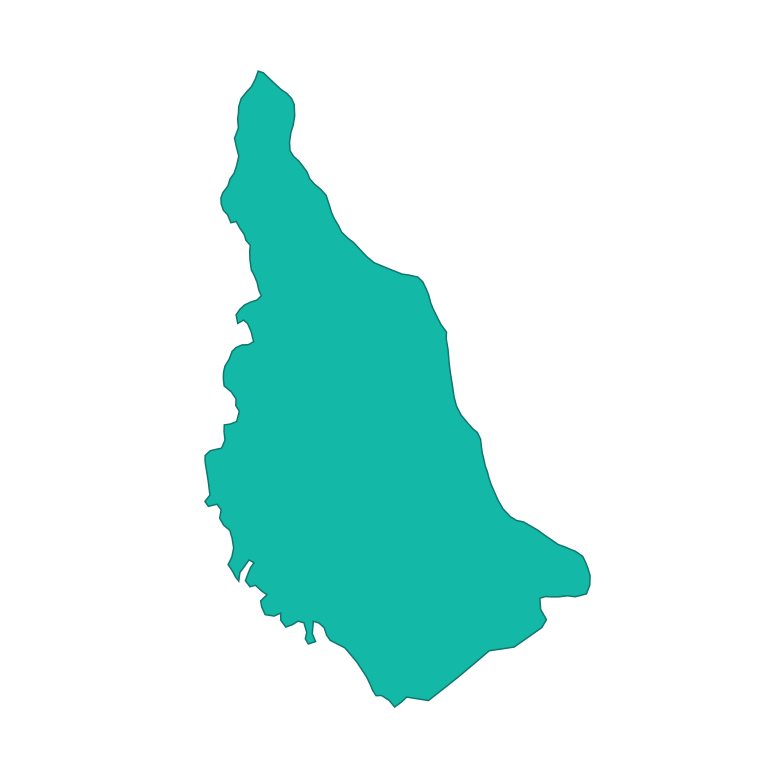 Cachoeira, Bahia, Brazil, rotated 175°
{"feature_id": "56859067B44704214105859", "entity_name": "Cachoeira", "entity_type": "district", "adm_level": 2, "iso_a3": "BRA", "parent_name": "Brazil", "parent_adm1": "Bahia", "projection": "robinson", "projection_center": [-38.874, -12.677], "detail": "fine", "context": "isolated", "style": "filled", "palette": "teal", "viewbox_px": 768, "rotation_deg": 175, "n_neighbors": 0, "source": "geoboundaries", "source_scale": "gbopen_adm2", "svg_char_len": 2869}
<svg xmlns="http://www.w3.org/2000/svg" viewBox="0 0 768 768"><g transform="rotate(175 384 384)"><path d="M419.1,74.2L413.6,73.9L406.7,68.6L401.5,61.3L394.3,65.7L388.7,70.1L367.3,64.8L346.4,78.5L335.8,85.5L318.4,97.7L302.4,109.1L277.3,110.6L248.0,127.6L242.7,135.1L247.6,145.8L247.4,157.0L241.5,158.2L236.2,157.4L229.0,156.8L219.3,157.0L212.2,155.4L206.9,156.2L200.6,157.3L196.5,165.8L195.4,175.2L197.0,182.8L198.6,188.4L201.1,195.0L208.3,200.9L213.0,203.2L217.9,205.9L224.5,208.9L229.5,213.1L235.9,218.3L243.5,224.9L250.4,229.8L257.1,234.5L263.9,236.5L269.7,240.8L276.3,249.2L280.3,257.8L283.8,267.8L286.2,275.2L287.8,282.0L288.7,287.8L290.3,293.5L291.1,300.2L292.2,307.3L292.5,314.5L292.6,320.5L295.2,327.5L299.3,331.5L304.4,338.3L310.0,346.5L313.7,355.6L315.3,365.0L315.9,375.1L317.0,391.0L317.3,399.3L317.2,412.7L318.1,424.0L317.2,430.3L322.2,438.5L325.8,447.6L328.5,454.5L330.4,460.7L331.6,468.3L333.7,475.1L336.5,482.4L340.9,487.5L349.4,490.3L356.4,491.9L363.8,495.6L373.6,500.6L383.3,505.7L389.9,512.2L396.6,520.6L402.0,527.6L407.3,532.4L413.0,539.0L415.7,546.1L419.1,553.0L421.3,559.3L422.7,566.1L425.2,576.9L430.1,583.5L435.6,588.9L440.0,594.7L442.2,601.9L445.8,607.9L449.3,613.3L454.2,618.6L457.3,624.6L457.0,633.4L454.8,642.8L451.8,650.0L449.6,658.8L449.1,670.4L451.2,676.4L455.4,681.9L460.3,685.8L465.5,691.4L471.3,697.9L477.0,704.5L482.1,706.7L485.6,698.9L490.2,691.7L495.1,687.3L501.4,680.8L504.6,672.8L505.4,666.4L506.7,660.9L506.7,651.8L511.5,641.8L510.4,633.4L508.8,623.7L511.8,614.3L515.0,606.9L519.4,601.9L522.3,594.7L527.7,588.9L530.2,583.7L530.5,577.7L528.8,570.9L525.0,566.2L522.5,558.0L517.0,558.7L514.0,551.8L510.2,545.1L509.0,539.2L505.1,533.8L506.2,528.0L506.7,519.4L506.2,509.1L503.8,503.5L501.6,496.5L500.4,488.1L498.5,482.5L503.3,478.7L510.1,477.1L516.0,474.9L520.9,471.1L525.3,465.9L524.4,457.1L518.3,459.9L514.6,456.1L511.8,447.9L510.2,437.6L515.6,435.0L522.0,435.3L528.3,433.2L532.5,429.7L535.9,422.5L540.9,415.6L542.9,409.4L543.6,403.0L543.4,396.0L536.9,389.6L532.7,382.0L533.5,375.4L530.5,369.4L534.1,359.4L540.7,357.5L546.7,357.2L547.5,350.6L547.3,341.9L551.4,334.3L562.9,332.7L568.4,328.4L569.0,322.3L568.4,313.9L567.6,303.0L567.3,294.4L567.1,288.5L572.6,282.6L569.6,277.4L560.8,278.8L557.2,272.8L559.4,264.6L556.1,257.4L550.3,251.5L548.7,243.3L548.1,233.6L550.6,225.1L555.0,217.7L551.1,210.4L548.9,205.1L545.9,200.3L544.0,208.7L538.7,214.7L533.8,220.5L529.1,217.3L533.0,212.6L535.9,207.1L539.2,200.1L535.2,193.7L529.6,194.7L523.6,188.1L518.9,184.3L525.8,178.7L525.3,172.7L522.5,164.6L513.7,162.4L506.9,164.8L507.4,157.6L503.0,150.4L496.0,152.3L490.4,155.2L484.6,153.2L482.6,143.2L484.6,137.0L482.0,131.6L474.6,133.4L477.2,141.4L475.1,153.8L469.7,151.6L464.9,146.6L463.0,138.8L460.0,133.4L452.3,128.5L446.0,124.6L435.4,109.6L426.8,93.6L424.0,86.1L422.1,80.1L419.1,74.2Z" fill="#14b8a6" stroke="#0f766e" stroke-width="1.5"/></g></svg>